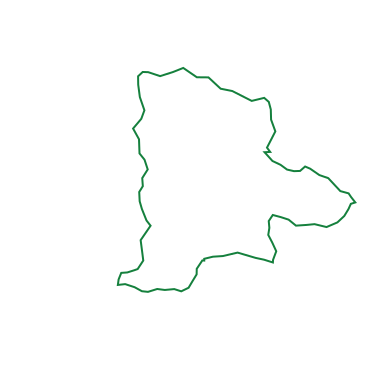 Alassa, Limassol, Cyprus, rotated 137°
{"feature_id": "46923920B84762043089048", "entity_name": "Alassa", "entity_type": "district", "adm_level": 2, "iso_a3": "CYP", "parent_name": "Cyprus", "parent_adm1": "Limassol", "projection": "robinson", "projection_center": [32.925, 34.757], "detail": "fine", "context": "isolated", "style": "outline", "palette": "green", "viewbox_px": 384, "rotation_deg": 137, "n_neighbors": 0, "source": "geoboundaries", "source_scale": "gbopen_adm2", "svg_char_len": 1328}
<svg xmlns="http://www.w3.org/2000/svg" viewBox="0 0 384 384"><g transform="rotate(137 192 192)"><path d="M180.9,85.3L179.0,87.1L170.8,91.2L167.8,100.3L165.5,108.6L159.9,113.0L155.7,118.4L148.6,120.1L144.2,113.1L140.2,105.9L138.9,96.5L130.7,89.8L124.3,84.9L117.5,74.6L106.4,70.6L97.0,70.6L89.2,72.8L83.9,75.0L79.7,73.0L79.1,79.8L78.4,84.2L82.9,91.5L82.9,100.0L82.9,109.2L87.3,117.5L89.7,128.5L91.9,133.5L98.6,133.7L103.2,137.7L107.2,143.6L108.7,151.5L112.0,159.8L111.8,171.6L107.5,168.0L106.9,173.3L98.5,176.3L89.7,179.5L84.8,191.0L78.1,198.6L74.4,205.5L75.0,211.6L86.2,217.9L93.7,238.4L100.6,248.0L101.8,264.6L110.2,272.6L113.8,288.7L120.0,291.1L124.3,292.8L136.3,298.5L142.3,309.5L146.2,313.4L152.5,313.4L156.5,309.0L158.2,307.1L165.4,297.0L171.1,284.2L179.2,280.1L191.8,278.6L194.8,266.7L204.1,256.0L204.7,248.0L209.0,238.7L218.9,236.1L224.0,229.8L230.6,228.0L236.6,220.9L240.2,213.8L244.7,202.2L245.3,195.6L262.4,191.8L270.2,180.9L274.4,175.1L284.3,172.7L287.7,174.2L294.2,177.3L298.9,181.1L305.3,178.1L309.6,174.6L303.7,170.2L298.9,161.5L296.3,153.6L292.3,149.0L283.6,144.8L278.7,138.9L271.2,133.1L267.6,126.7L259.8,124.3L252.6,126.4L244.8,128.6L240.9,132.6L231.1,134.9L229.8,133.5L228.6,134.8L220.8,130.4L213.1,124.1L200.0,116.6L190.4,100.4L185.5,93.4L180.9,85.3Z" fill="none" stroke="#15803d" stroke-width="2"/></g></svg>